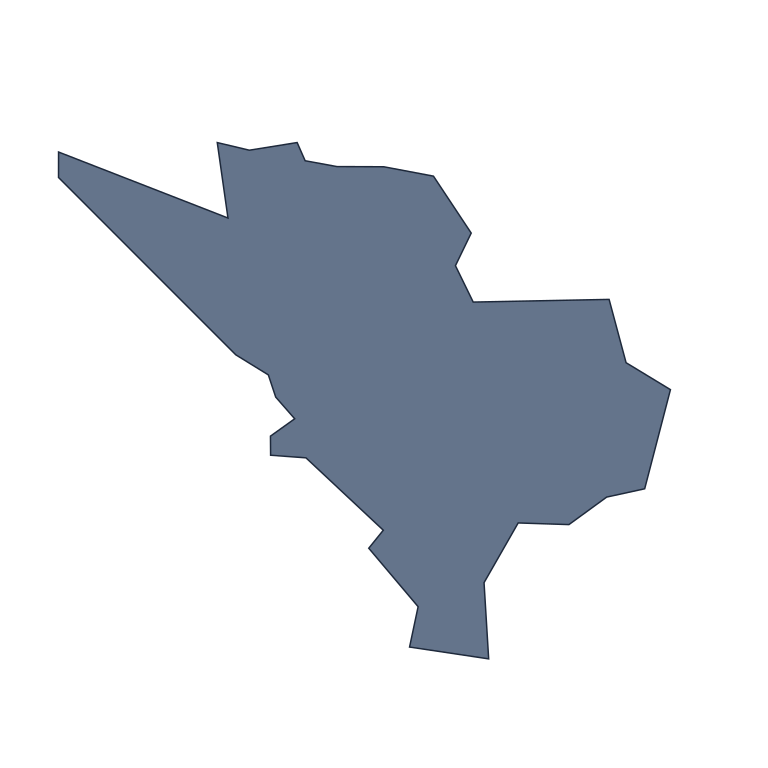 the district of Bagdad, Ferghana, Uzbekistan, rotated 79°
{"feature_id": "79887680B98811003326112", "entity_name": "Bagdad", "entity_type": "district", "adm_level": 2, "iso_a3": "UZB", "parent_name": "Uzbekistan", "parent_adm1": "Ferghana", "projection": "equal_earth", "projection_center": [71.205, 40.489], "detail": "fine", "context": "isolated", "style": "filled", "palette": "slate", "viewbox_px": 768, "rotation_deg": 79, "n_neighbors": 0, "source": "geoboundaries", "source_scale": "gbopen_adm2", "svg_char_len": 589}
<svg xmlns="http://www.w3.org/2000/svg" viewBox="0 0 768 768"><g transform="rotate(79 384 384)"><path d="M647.1,409.1L673.8,333.7L598.1,323.7L546.0,278.8L557.3,229.3L537.5,187.0L536.6,148.1L444.2,103.9L409.3,142.3L343.9,146.9L330.6,223.4L320.6,280.8L281.5,291.3L252.5,269.6L189.4,295.8L170.7,342.8L161.6,388.7L149.8,418.8L130.4,423.2L128.8,471.6L115.2,501.6L191.3,505.5L94.2,659.2L119.2,664.1L327.1,523.9L353.0,495.8L376.2,492.8L401.1,478.3L413.5,505.4L432.3,508.9L441.6,474.7L527.4,412.6L542.3,430.3L609.1,393.0L647.1,409.1Z" fill="#64748b" stroke="#1e293b" stroke-width="1.5"/></g></svg>